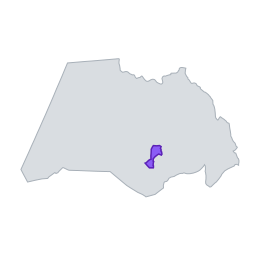 Barh-El-Gazel Sud, Barh El Gazel, Chad shown in context, rotated 267°
{"feature_id": "50815135B11223303174297", "entity_name": "Barh-El-Gazel Sud", "entity_type": "district", "adm_level": 2, "iso_a3": "TCD", "parent_name": "Chad", "parent_adm1": "Barh El Gazel", "projection": "albers", "projection_center": [16.372, 13.697], "detail": "fine", "context": "in_parent", "style": "filled", "palette": "violet", "viewbox_px": 256, "rotation_deg": 267, "n_neighbors": 0, "source": "geoboundaries", "source_scale": "gbopen_adm2", "svg_char_len": 4181}
<svg xmlns="http://www.w3.org/2000/svg" viewBox="0 0 256 256"><g transform="rotate(267 128 128)"><path d="M196.1,71.0L196.3,77.0L196.5,83.1L196.7,89.2L196.8,95.3L197.0,101.4L197.2,107.5L197.4,113.7L197.6,119.8L197.7,121.8L197.6,122.6L197.2,122.9L194.1,122.4L192.7,122.4L190.8,122.9L188.0,123.2L186.1,123.2L184.9,124.3L183.9,125.6L184.5,128.6L184.4,129.6L184.0,130.7L183.2,131.6L182.4,132.3L181.9,133.0L181.3,134.4L180.8,135.0L180.9,135.9L180.7,136.8L180.2,137.3L178.9,137.7L178.1,138.1L177.4,138.8L177.0,139.2L177.2,139.9L177.6,140.7L177.8,142.1L178.0,142.9L178.6,143.5L179.0,144.0L179.2,144.5L178.8,145.0L177.2,146.0L176.6,146.4L175.8,146.9L175.6,147.1L174.4,148.1L173.8,148.9L173.6,149.6L173.6,150.6L174.2,152.0L174.9,153.2L175.2,154.1L175.4,155.1L175.3,156.0L175.0,156.9L174.4,157.6L172.2,159.1L171.2,160.7L170.3,162.5L170.1,163.6L170.4,164.2L170.9,164.8L171.5,165.1L172.5,165.1L174.1,164.8L175.6,164.5L177.2,165.2L178.1,166.7L177.8,167.9L178.4,169.9L179.0,172.4L179.0,173.3L179.3,173.6L180.3,173.7L180.5,174.3L180.3,178.7L180.8,179.9L181.5,180.8L182.3,181.2L183.0,181.8L183.4,182.2L184.3,182.2L185.3,183.0L185.6,184.1L185.6,185.1L185.1,187.4L184.7,188.9L184.1,188.8L182.9,188.4L181.5,188.2L179.7,187.9L178.0,188.6L176.2,189.4L175.7,190.0L175.2,190.4L174.4,190.4L173.7,190.5L173.3,191.0L172.6,191.7L170.1,193.0L169.5,193.5L169.2,194.0L169.2,194.5L169.5,195.5L169.5,196.8L169.0,197.9L168.3,198.6L167.5,198.9L166.9,199.1L166.5,199.5L165.2,201.9L164.6,202.4L163.4,202.3L160.0,206.0L159.7,207.0L158.5,208.5L156.9,210.2L155.5,211.1L155.4,211.4L155.0,211.7L154.1,212.1L151.1,214.1L147.4,214.1L145.8,214.9L144.3,215.3L142.0,215.7L141.3,215.7L138.3,215.9L134.9,215.9L133.5,216.2L132.3,217.0L131.4,217.7L131.3,217.9L131.4,218.2L131.4,218.4L133.8,220.0L134.4,220.8L133.8,221.6L133.5,221.7L133.5,221.8L133.1,222.4L131.7,224.3L129.6,226.5L128.5,227.1L128.0,227.6L127.5,229.0L127.1,229.2L125.6,229.4L122.6,229.6L118.6,230.1L116.1,230.3L114.6,230.2L112.5,231.2L111.7,231.4L111.2,231.5L109.1,232.5L107.4,234.0L106.7,234.3L104.2,235.0L103.3,236.0L102.8,236.1L101.2,234.7L100.1,233.5L99.6,232.2L99.5,231.8L99.2,231.9L98.4,232.5L97.6,233.1L97.3,234.3L94.7,235.1L92.5,235.8L91.5,236.7L89.9,237.1L88.0,237.0L86.5,236.6L85.0,236.5L85.7,235.4L86.0,234.5L86.0,233.5L85.9,232.9L85.0,232.5L84.5,232.0L83.2,228.8L81.9,225.6L80.1,222.3L78.0,220.3L76.6,219.0L76.1,218.8L75.4,218.5L74.9,218.1L72.2,215.9L69.5,213.4L68.8,212.3L67.4,210.6L65.9,208.9L65.1,208.1L64.7,206.7L65.8,205.4L66.9,203.8L68.3,202.8L70.1,202.7L73.1,203.2L76.4,203.4L79.5,203.1L80.4,202.8L81.2,202.9L82.9,203.2L85.9,203.2L87.4,202.5L85.8,201.4L84.0,199.6L82.3,197.7L81.3,196.0L80.4,193.7L79.6,190.9L79.1,187.3L79.2,185.3L79.4,183.8L80.3,181.5L79.8,180.1L79.9,179.0L79.8,177.3L79.5,176.5L78.4,173.7L78.2,173.4L77.2,171.5L76.7,168.3L75.6,166.2L73.8,165.1L72.7,163.9L72.3,161.7L71.6,161.1L68.7,160.3L66.3,160.3L64.6,157.8L62.4,154.6L60.3,151.6L59.0,145.7L58.3,142.3L59.2,141.3L60.9,138.9L63.2,134.4L68.1,127.3L70.7,123.7L75.7,118.3L81.9,111.6L85.4,107.9L85.9,101.0L86.5,93.8L87.0,88.3L87.6,81.9L88.1,76.5L88.4,72.5L88.9,66.9L89.3,65.9L91.7,61.5L91.9,60.9L91.4,60.2L88.1,56.5L87.0,55.6L86.4,53.7L87.3,52.6L83.3,46.4L82.3,45.6L81.8,44.9L81.8,43.8L81.7,39.5L80.7,32.7L79.3,24.9L84.0,22.7L87.6,21.0L92.2,18.9L96.4,21.1L102.6,24.3L108.7,27.5L114.9,30.6L121.0,33.8L127.2,36.9L133.4,40.1L139.6,43.2L145.8,46.4L152.1,49.5L158.3,52.6L164.6,55.7L170.9,58.7L177.1,61.8L183.4,64.9L189.7,67.9L196.1,71.0Z" fill="#d9dde1" stroke="#a8b0b8" stroke-width="1"/><path d="M109.1,152.4L108.1,151.6L105.6,150.1L103.0,149.9L101.0,149.7L99.0,149.4L95.5,149.3L95.5,149.1L95.4,148.4L94.8,147.3L94.8,147.2L93.8,146.0L93.3,145.4L92.7,144.8L92.1,143.7L92.0,143.3L91.0,144.1L89.3,145.4L87.1,147.3L87.0,149.4L86.9,151.2L87.5,151.4L89.0,151.4L89.2,151.1L89.9,151.2L90.7,151.3L91.2,151.3L91.5,151.4L92.0,151.5L92.6,151.7L93.2,151.9L93.5,151.4L93.8,151.5L94.1,151.4L94.7,151.5L95.4,151.6L95.9,151.6L97.9,153.5L99.8,156.2L100.4,157.3L99.2,159.9L100.4,160.5L99.5,160.6L102.4,160.3L102.7,160.0L103.5,159.6L104.2,160.0L105.5,159.6L105.9,159.3L106.4,159.6L106.9,159.7L107.7,160.1L108.8,158.6L108.7,155.6L109.1,152.4Z" fill="#8b5cf6" stroke="#5b21b6" stroke-width="1.5"/></g></svg>